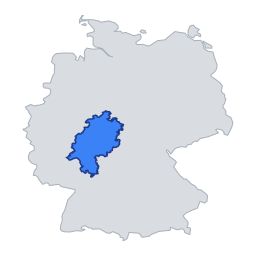 where Hessen sits in Germany
{"feature_id": "DEU-1574", "entity_name": "Hessen", "entity_type": "State", "adm_level": 1, "iso_a3": "DEU", "parent_name": "Germany", "parent_adm1": "", "projection": "equal_earth", "projection_center": [9.183, 50.526], "detail": "fine", "context": "in_parent", "style": "filled", "palette": "blue", "viewbox_px": 256, "rotation_deg": 0, "n_neighbors": 0, "source": "natural_earth", "source_scale": "10m", "svg_char_len": 9004}
<svg xmlns="http://www.w3.org/2000/svg" viewBox="0 0 256 256"><path d="M107.4,233.2L99.4,228.8L92.3,229.2L91.1,227.8L88.7,227.9L85.0,225.6L81.8,226.9L81.0,228.2L81.2,229.0L84.5,229.1L84.9,229.7L81.6,231.1L76.2,230.7L69.8,232.0L64.4,231.8L61.3,230.7L60.4,228.7L60.7,225.6L62.0,221.6L62.4,218.7L61.8,216.9L62.6,214.1L64.7,210.4L67.9,199.7L75.0,192.2L74.9,189.6L62.7,187.0L60.8,186.3L59.0,184.3L49.4,185.5L48.6,183.5L46.0,182.7L43.3,184.2L42.4,184.0L38.7,179.3L37.8,177.1L36.1,175.7L33.4,175.4L34.3,171.0L36.8,167.8L36.9,165.2L31.6,163.0L28.9,160.0L28.3,156.4L29.9,152.4L34.4,149.9L33.9,146.0L30.2,143.9L30.0,143.2L31.6,141.7L26.1,137.2L27.4,132.7L26.5,131.4L23.9,130.4L23.1,129.1L25.0,128.8L29.4,125.7L29.6,125.2L28.4,124.7L28.2,123.5L31.2,116.9L31.1,115.8L28.8,112.6L28.8,111.5L25.7,107.9L25.7,106.8L30.7,104.5L35.0,106.1L36.6,105.2L38.7,105.3L43.8,103.7L45.2,101.7L43.3,100.1L43.5,98.8L49.3,95.2L50.3,93.5L50.7,90.2L49.9,89.1L49.2,88.4L44.2,87.9L43.0,86.0L43.4,83.5L44.3,83.0L50.3,83.0L52.7,75.8L54.2,73.6L54.7,64.7L51.5,62.1L52.8,57.0L55.1,54.2L56.8,53.5L64.6,53.0L73.1,53.2L76.6,57.4L75.2,59.5L77.3,60.5L78.3,60.1L79.6,56.2L80.3,55.6L83.9,58.2L83.9,61.5L84.9,57.0L84.2,53.8L84.7,50.7L86.8,48.1L93.0,49.2L99.9,48.6L102.5,49.8L108.4,55.8L112.9,57.0L109.4,55.8L102.3,48.5L94.8,46.7L93.1,44.6L93.2,37.4L90.4,35.9L87.4,36.4L87.0,34.8L87.5,33.6L94.2,31.6L94.3,29.7L88.3,22.7L88.0,19.6L93.2,19.8L99.4,21.2L101.0,22.2L109.0,20.9L115.1,23.0L118.0,25.9L118.2,28.5L114.6,31.5L120.7,31.1L122.3,33.2L125.6,32.4L133.9,35.8L140.1,34.1L141.3,36.8L140.1,39.6L135.7,42.5L136.7,44.3L138.1,44.7L142.3,44.3L148.9,46.1L157.7,40.6L164.7,39.9L174.9,31.6L185.0,33.2L187.7,36.7L194.6,40.7L200.7,40.3L203.0,44.1L204.2,48.7L207.8,51.1L213.1,52.1L214.2,57.0L217.0,64.7L217.0,67.0L216.2,69.7L214.6,71.9L211.2,74.6L211.0,76.1L219.9,82.7L222.4,86.0L221.2,90.8L222.6,93.2L224.1,94.0L224.7,95.2L224.8,98.0L225.9,98.8L224.4,103.8L222.8,105.9L223.3,107.7L225.8,110.8L225.9,114.8L230.8,117.4L232.9,122.6L231.8,127.2L227.6,135.3L224.1,134.2L224.2,132.4L223.6,132.3L222.4,130.1L217.1,128.9L215.7,129.9L218.4,132.9L207.7,136.9L199.9,138.6L197.2,141.6L195.8,141.0L192.7,142.3L191.4,144.2L187.7,144.8L186.0,147.3L181.9,146.6L177.0,147.7L174.8,148.9L170.8,153.9L167.5,150.1L166.6,150.1L166.4,151.3L168.5,154.0L169.3,156.3L175.1,160.5L176.4,162.3L173.7,166.9L179.5,175.1L183.8,179.0L186.2,179.0L191.5,184.1L195.0,185.9L197.7,189.5L201.1,190.0L206.4,194.3L207.5,195.8L207.0,201.2L204.5,203.1L200.0,201.3L197.6,207.9L186.5,212.7L183.3,215.6L183.4,216.5L188.0,222.1L188.1,224.6L186.8,227.2L190.0,227.9L190.6,229.2L189.7,234.6L184.9,232.6L183.9,229.7L181.9,228.8L177.1,229.8L170.6,227.3L170.1,230.3L159.1,231.4L151.5,234.3L149.3,236.2L143.2,237.2L141.8,237.0L139.2,233.3L129.0,232.4L127.4,238.0L126.1,239.6L123.0,240.6L123.4,238.1L120.2,237.2L120.1,235.5L118.0,233.8L112.7,231.6L110.4,233.1L107.4,233.2ZM200.2,34.0L200.8,35.8L200.2,36.8L197.7,35.2L195.2,35.2L193.7,37.7L192.6,37.8L188.7,35.6L188.0,34.5L188.2,29.5L189.4,28.4L189.5,26.9L191.6,25.3L193.5,25.2L195.1,27.5L198.9,29.1L199.2,29.8L197.2,31.7L197.8,32.8L200.2,34.0ZM211.8,46.0L211.9,48.2L205.5,48.0L204.9,46.3L205.3,44.7L203.1,42.9L203.1,41.1L211.8,46.0ZM80.8,21.2L79.4,23.4L79.7,19.5L82.2,15.4L83.2,15.5L81.8,17.3L81.6,19.7L87.1,19.9L86.5,20.7L80.8,21.2ZM146.1,33.0L142.7,33.1L140.1,31.7L141.7,29.8L145.0,30.7L146.1,33.0ZM86.2,24.9L85.3,25.5L82.0,24.8L84.4,23.6L85.8,23.9L86.2,24.9Z" fill="#d9dde1" stroke="#a8b0b8" stroke-width="1"/><path d="M116.9,118.9L116.5,119.2L116.3,119.5L116.4,120.1L116.7,120.5L116.8,121.2L117.3,121.3L117.7,121.7L118.1,121.7L119.2,122.0L119.3,122.1L119.2,122.5L119.3,122.7L119.7,122.9L119.8,123.4L121.5,124.0L122.0,124.0L123.4,124.6L123.4,124.8L123.3,125.0L123.0,125.3L122.9,125.6L122.7,126.5L122.3,126.3L122.3,126.0L122.1,125.8L121.2,125.9L121.0,126.0L121.3,126.4L122.0,126.6L121.9,127.0L121.5,127.6L121.3,128.3L121.8,128.4L122.0,128.6L122.5,128.7L122.8,129.1L122.9,129.4L122.5,130.1L121.2,130.1L120.9,130.0L120.9,129.7L120.5,129.8L120.2,129.7L119.3,129.8L118.7,130.1L118.7,130.5L119.1,131.1L119.2,131.5L118.4,131.8L117.3,131.6L117.1,131.7L117.0,131.8L117.0,132.0L117.4,132.0L117.4,132.5L117.5,132.7L118.0,132.3L118.3,132.3L118.9,132.6L119.1,133.1L119.4,133.4L118.7,134.1L118.7,134.4L118.7,134.7L118.7,134.8L117.5,135.1L117.0,135.3L117.0,135.5L116.8,135.9L116.9,136.5L116.4,136.6L116.3,136.8L116.7,137.2L116.6,137.7L116.1,138.6L116.2,138.9L115.7,139.3L115.4,139.7L115.3,140.3L115.5,140.6L116.0,140.5L116.6,140.8L117.0,140.8L117.1,140.7L117.3,140.5L117.0,140.1L117.0,139.8L118.3,139.4L119.5,139.7L119.9,140.3L119.9,141.0L119.5,141.1L119.2,141.5L119.3,141.8L119.3,142.5L119.5,143.0L119.2,143.9L119.3,144.0L119.5,144.1L119.2,144.6L118.2,146.1L117.8,146.4L116.3,147.1L114.7,147.5L114.2,147.5L113.6,146.9L113.1,147.1L112.8,147.4L112.3,149.0L112.4,150.2L111.8,150.7L110.8,151.0L110.7,151.1L110.5,151.3L110.3,151.7L110.4,152.1L110.5,152.2L110.4,152.3L109.3,152.6L108.9,152.6L108.5,152.5L108.0,152.6L107.6,152.3L107.4,152.4L106.9,152.3L106.8,152.5L106.9,153.1L106.7,154.0L106.8,154.1L107.3,154.2L107.4,154.3L107.0,155.0L106.9,155.2L107.1,155.8L106.8,156.0L105.4,156.5L104.5,156.5L103.9,155.6L102.7,155.1L100.6,155.0L99.6,155.2L99.5,155.7L99.1,156.1L98.6,156.3L98.7,155.9L97.7,155.5L96.5,156.0L95.7,156.1L95.4,156.3L95.3,156.5L95.3,157.3L94.9,157.4L94.6,157.7L95.0,157.9L95.4,157.8L95.7,157.9L95.9,158.6L96.1,158.9L96.1,159.2L96.4,159.8L95.8,159.6L95.8,161.9L96.6,163.9L96.7,164.2L96.8,164.2L97.1,163.8L97.2,164.7L97.4,165.1L97.7,165.3L98.2,165.2L98.4,165.5L98.3,165.8L97.9,166.2L98.0,166.5L98.6,166.8L98.2,167.5L98.2,167.8L98.3,168.1L98.0,168.4L97.4,168.5L97.5,168.9L97.7,169.8L96.8,170.7L96.9,170.9L97.4,171.3L97.7,171.8L97.5,172.0L97.3,172.0L97.0,171.8L96.9,171.8L96.9,172.0L97.4,172.6L98.0,173.5L97.8,173.7L97.5,173.4L96.9,173.4L96.7,173.4L96.2,173.9L95.9,173.9L95.4,173.8L94.0,173.9L93.4,174.5L93.8,175.1L93.9,175.3L93.7,175.5L93.1,175.8L93.0,175.6L92.8,175.6L92.6,176.2L91.7,177.0L90.8,176.8L90.7,176.7L90.8,176.3L91.2,176.0L91.2,175.9L91.1,175.2L91.2,174.9L91.7,174.4L92.1,174.7L92.3,174.7L92.6,174.2L92.6,173.8L91.1,173.9L90.7,173.3L89.7,173.3L88.6,172.7L88.3,172.5L88.0,171.8L87.9,171.4L88.0,171.2L88.0,170.9L87.7,170.7L87.6,170.3L85.8,170.7L85.8,170.8L86.2,172.4L86.2,172.6L86.0,172.8L85.1,173.2L83.5,171.8L82.9,171.4L82.4,171.4L81.6,171.6L81.2,170.7L80.3,169.1L80.3,168.3L80.7,167.8L81.4,167.4L82.1,167.3L82.9,166.4L83.0,166.1L82.7,166.0L81.8,166.1L81.4,165.3L81.0,164.7L80.8,163.8L80.0,162.8L79.9,162.4L80.2,161.4L79.8,160.4L77.3,158.1L76.7,157.9L76.0,157.9L73.1,158.7L72.2,159.2L71.1,159.7L70.1,160.0L69.2,160.0L68.8,159.5L68.7,159.1L68.5,158.9L67.1,157.8L66.7,157.6L68.3,156.7L68.5,156.1L68.8,155.7L69.6,155.7L70.0,156.0L70.4,155.2L69.8,154.8L69.7,154.7L69.6,154.4L69.7,154.2L70.0,153.7L70.3,153.3L71.6,152.8L71.9,152.5L72.3,152.8L72.6,152.9L73.1,152.3L72.8,152.0L72.9,151.8L73.0,151.5L74.3,151.5L74.7,151.4L74.9,151.2L74.6,150.1L74.4,149.8L73.9,149.5L73.2,148.3L72.8,148.2L72.7,147.8L71.6,147.6L71.5,147.3L71.8,147.1L72.1,146.3L72.6,145.9L72.1,145.5L72.1,144.3L72.2,143.9L72.6,143.7L73.0,143.3L73.4,143.2L73.8,143.2L74.3,143.7L74.8,143.7L75.3,143.3L75.9,142.0L75.8,141.9L75.6,141.8L75.5,141.5L75.4,141.1L74.9,140.2L75.2,139.7L75.3,139.2L75.5,138.8L76.0,138.5L76.2,137.4L76.0,137.2L75.5,136.8L75.4,136.6L75.3,136.3L76.5,135.5L76.7,135.0L77.2,134.7L78.7,133.5L79.2,133.5L79.4,133.9L79.6,134.0L80.6,134.0L81.3,133.6L81.3,133.2L82.0,132.6L82.4,132.4L82.9,132.5L83.0,132.3L83.0,131.6L83.5,130.8L83.9,130.5L84.3,129.8L84.7,129.4L84.5,128.5L84.6,128.1L84.2,127.5L84.3,127.3L86.6,127.3L87.4,127.4L88.4,126.9L88.5,126.7L88.2,126.2L89.5,125.0L89.5,124.8L89.5,124.4L89.0,122.7L88.8,122.6L88.8,122.2L88.6,122.1L88.0,122.5L86.9,122.6L86.7,123.0L86.4,123.0L86.1,122.9L85.9,122.5L85.5,122.1L85.9,121.4L87.1,120.3L87.3,120.0L87.7,119.8L87.9,119.5L89.0,119.2L90.0,119.1L90.8,118.9L91.9,119.1L92.8,118.7L93.7,118.6L93.9,118.5L94.0,118.0L93.8,117.9L93.3,117.8L93.2,116.9L92.9,116.5L92.9,116.2L93.0,116.0L94.2,115.6L95.5,115.2L97.0,115.8L97.1,116.0L97.2,116.3L97.1,116.7L97.7,117.1L98.7,117.3L99.6,116.8L100.0,116.7L100.3,115.9L102.0,115.0L102.3,114.5L102.9,113.9L103.3,112.8L102.8,112.4L103.1,112.3L104.7,111.8L105.2,111.2L105.4,111.3L105.8,111.0L106.3,111.1L106.4,111.6L106.8,111.8L107.2,111.8L107.7,111.5L108.1,111.7L108.5,111.9L109.4,111.7L109.6,112.1L110.1,112.4L110.4,113.0L110.9,113.4L110.7,113.7L110.5,113.8L109.8,113.4L109.7,113.6L109.9,114.1L109.7,114.1L109.3,114.0L109.2,114.8L108.8,115.0L109.3,116.0L109.5,116.2L109.8,116.4L109.6,116.7L109.7,117.0L109.7,117.4L109.8,118.1L109.6,118.4L108.4,118.5L108.1,118.9L108.2,119.3L108.2,119.5L107.4,119.3L107.6,119.6L108.2,120.0L110.2,120.7L110.5,120.7L110.8,120.8L111.5,121.5L111.8,121.5L112.8,120.8L112.9,120.5L113.1,120.2L112.9,120.1L112.4,120.4L111.6,119.8L111.5,119.5L112.7,118.8L113.3,118.7L113.5,118.5L113.4,118.1L113.7,118.2L114.2,118.5L114.6,119.1L114.9,119.2L115.2,118.9L114.9,118.3L114.9,118.1L115.4,118.1L115.6,117.9L115.8,117.8L115.9,118.3L116.9,118.9Z" fill="#3b82f6" stroke="#1e3a8a" stroke-width="1.5"/></svg>